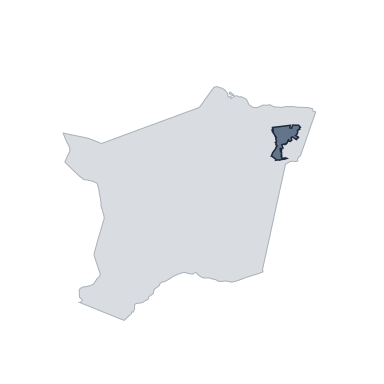 location of Voi, Coast, Kenya, rotated 250°
{"feature_id": "3690345B74422593765563", "entity_name": "Voi", "entity_type": "district", "adm_level": 2, "iso_a3": "KEN", "parent_name": "Kenya", "parent_adm1": "Coast", "projection": "robinson", "projection_center": [38.488, -3.338], "detail": "fine", "context": "in_parent", "style": "filled", "palette": "slate", "viewbox_px": 384, "rotation_deg": 250, "n_neighbors": 0, "source": "geoboundaries", "source_scale": "gbopen_adm2", "svg_char_len": 6540}
<svg xmlns="http://www.w3.org/2000/svg" viewBox="0 0 384 384"><g transform="rotate(250 192 192)"><path d="M92.7,231.5L92.6,226.7L93.2,214.5L93.1,203.8L93.7,198.4L96.0,195.0L97.1,192.5L97.9,189.0L99.1,186.2L101.9,183.9L102.4,182.7L105.3,178.8L107.1,173.9L108.4,172.2L110.1,170.7L111.3,169.8L113.2,169.0L114.7,168.6L115.0,168.2L115.1,167.4L114.6,164.3L115.3,163.3L116.3,161.3L117.5,159.4L118.6,158.2L119.2,156.9L119.4,154.8L119.5,153.3L119.5,150.8L119.1,145.1L117.9,140.4L117.1,135.1L117.7,133.3L116.7,130.2L116.2,130.1L115.4,129.4L114.4,126.5L113.6,123.8L113.2,123.1L109.8,120.8L108.2,115.3L106.3,114.1L105.3,108.6L105.1,107.0L106.2,101.6L106.1,100.3L105.0,99.2L101.8,98.0L99.3,95.7L99.6,95.0L99.8,94.1L98.5,93.6L94.6,84.3L99.6,78.6L104.7,73.0L111.1,65.8L117.1,59.2L122.2,53.5L126.8,48.4L126.7,49.3L126.7,50.6L127.3,51.4L128.2,52.0L129.5,51.4L130.7,50.6L131.8,50.4L138.7,52.6L139.8,54.4L139.7,56.4L140.0,57.8L139.5,59.3L138.9,63.7L139.1,67.7L141.1,70.6L143.0,73.0L144.4,76.3L145.5,77.3L147.0,77.8L151.7,77.9L158.7,78.1L165.5,78.3L166.1,78.4L167.5,78.9L173.7,83.3L179.4,87.3L184.2,90.9L188.8,94.3L193.4,97.6L196.9,100.4L200.3,101.2L206.0,101.6L209.9,101.7L213.5,102.9L218.8,104.0L222.8,104.5L225.2,105.2L231.9,105.8L233.0,105.4L236.0,102.4L239.3,97.4L240.6,94.7L244.9,91.9L252.4,88.1L257.7,85.5L263.6,82.8L266.2,85.1L269.9,88.8L271.6,90.7L272.9,91.5L274.9,92.1L277.3,92.1L278.7,92.0L281.4,91.5L287.8,91.1L291.4,91.1L288.3,96.1L284.7,102.0L277.9,113.0L272.8,118.8L268.9,123.1L268.5,123.9L268.6,128.8L268.6,140.6L268.7,164.4L268.8,188.2L268.9,211.9L268.9,223.8L268.9,227.8L272.3,232.8L275.7,237.7L280.1,244.2L282.4,247.6L282.8,248.8L282.7,251.1L279.1,255.9L276.1,258.1L272.1,259.2L270.9,259.0L269.3,258.3L268.7,259.5L268.2,261.3L267.4,260.9L266.7,260.4L267.1,263.6L267.5,265.2L266.9,267.3L264.9,269.2L264.8,270.8L260.6,274.9L254.6,275.4L251.5,277.4L250.1,279.1L249.0,282.8L249.4,288.4L247.7,292.8L247.4,295.0L244.3,297.8L242.9,300.4L241.9,303.0L241.1,304.2L240.0,310.1L238.6,313.6L238.2,314.8L237.8,315.9L236.7,318.0L236.0,319.5L235.5,320.4L231.8,329.6L229.0,333.7L226.8,333.3L225.3,334.9L225.1,335.6L224.4,335.2L222.5,333.7L218.7,330.6L214.9,327.4L211.0,324.3L207.2,321.2L203.4,318.1L199.6,315.0L195.8,311.9L191.9,308.7L189.7,306.9L188.7,305.8L187.9,303.7L187.5,303.1L186.5,302.5L185.3,302.3L185.0,301.9L185.0,300.9L185.4,299.4L186.8,296.5L187.0,294.8L186.7,292.9L186.3,289.9L185.9,289.2L183.3,287.6L178.0,284.2L172.7,280.9L167.4,277.5L162.1,274.1L156.8,270.8L151.5,267.4L146.2,264.1L140.9,260.7L135.6,257.4L130.2,254.0L124.9,250.7L119.6,247.3L114.3,243.9L109.0,240.6L103.7,237.2L98.4,233.9L96.4,232.6L94.6,231.5L92.7,231.5ZM269.3,264.2L268.4,264.4L268.8,262.8L271.6,260.7L272.7,261.2L272.9,261.7L272.8,262.1L272.4,262.5L269.3,264.2Z" fill="#d9dde1" stroke="#a8b0b8" stroke-width="1"/><path d="M222.3,301.6L225.1,289.8L225.1,289.7L224.9,289.7L224.7,289.8L224.5,289.6L224.2,289.7L223.9,289.7L223.7,289.8L223.7,289.6L223.4,289.2L223.2,289.3L223.1,289.1L223.0,288.9L222.9,288.7L222.9,288.4L222.7,288.5L222.4,288.6L222.2,288.9L221.9,289.1L221.8,289.3L221.6,289.3L221.6,289.1L221.4,289.0L221.2,289.1L221.0,288.8L220.8,288.8L220.7,288.7L220.8,288.5L220.5,288.6L220.3,288.5L220.1,288.6L219.8,288.6L219.6,288.6L219.4,288.6L219.3,288.8L219.0,289.0L218.8,289.0L218.4,289.0L218.1,288.9L217.9,289.0L217.6,289.1L217.4,289.1L217.2,289.1L216.2,289.5L215.8,289.6L215.7,289.4L215.5,289.6L215.3,289.6L215.1,289.8L214.8,289.8L214.6,289.8L214.6,289.6L214.8,289.6L214.9,289.4L214.6,289.3L214.4,289.2L214.1,289.2L213.9,289.1L213.6,289.2L213.3,289.1L213.0,289.1L212.8,288.9L212.3,288.8L212.0,288.9L211.7,288.9L211.4,289.0L211.2,288.9L211.2,288.7L210.9,288.5L210.7,288.3L210.6,288.2L210.4,288.2L210.1,288.2L209.9,288.1L209.9,287.8L209.9,287.7L209.8,287.8L209.7,287.9L209.3,287.5L208.6,287.5L208.4,287.3L208.1,287.1L207.9,287.2L207.7,287.2L207.5,287.3L207.4,287.4L207.0,287.4L206.9,287.3L206.6,287.5L206.4,287.5L206.2,287.7L205.9,287.1L205.6,286.8L205.5,286.7L205.2,286.3L204.9,285.8L204.6,285.8L204.3,285.7L203.7,285.0L203.2,284.1L202.7,283.2L202.2,282.7L201.7,281.8L201.2,281.1L201.0,280.9L200.9,280.8L199.3,279.5L199.0,279.3L198.9,279.2L198.7,278.9L198.6,279.1L198.6,279.3L198.3,279.4L197.9,279.4L197.8,279.5L197.7,279.6L197.6,279.8L197.3,279.9L197.2,280.0L194.1,281.9L193.2,281.4L192.7,284.2L192.1,284.7L191.5,290.1L191.4,290.1L191.2,290.1L191.1,292.7L191.4,292.4L191.5,292.1L191.9,291.8L192.0,291.6L192.1,291.4L192.2,291.0L192.3,290.8L192.3,290.6L192.3,290.3L192.3,290.1L192.2,290.0L192.3,289.9L192.6,289.5L192.5,289.3L192.5,289.2L192.8,288.7L193.1,288.3L193.2,288.2L193.3,287.9L193.5,287.9L193.6,288.0L193.8,288.1L194.0,288.2L194.4,288.4L194.5,288.4L194.8,288.3L194.9,288.2L195.2,288.3L195.3,288.5L195.5,288.5L195.5,288.4L195.6,288.5L195.9,288.5L196.0,288.5L196.4,288.9L196.6,288.9L196.6,289.0L196.6,288.9L196.8,288.9L196.7,288.9L196.8,288.8L197.0,288.9L197.1,289.0L197.3,289.2L197.5,289.2L197.6,289.3L197.9,289.3L198.0,289.4L198.1,289.5L198.4,289.6L198.5,289.6L198.7,289.8L198.9,289.8L199.0,289.5L199.4,289.7L199.5,289.6L199.8,289.6L200.0,289.7L200.2,289.8L200.2,289.7L200.3,289.8L200.4,290.0L200.5,289.9L200.5,290.0L200.7,289.9L200.7,290.0L200.8,290.0L201.0,290.1L201.0,289.9L201.1,289.7L201.2,289.8L201.3,289.8L201.3,289.7L201.5,289.7L201.4,289.7L201.5,289.8L201.7,289.7L201.8,289.6L202.0,289.6L202.3,289.5L202.4,289.8L202.4,290.0L202.6,290.1L202.4,290.3L202.4,290.5L202.2,290.7L202.2,290.8L201.8,291.1L201.8,291.3L201.8,291.9L201.8,292.0L202.0,292.3L202.1,292.5L205.7,292.6L205.7,292.8L205.7,293.4L205.6,294.1L205.5,295.0L205.3,295.0L205.1,295.1L205.4,295.8L205.4,296.1L204.8,296.3L204.9,296.5L205.0,296.7L205.1,296.8L205.0,297.0L205.1,297.3L205.3,297.2L205.3,297.4L205.5,297.4L205.7,297.6L205.7,297.9L205.7,298.0L205.8,298.2L205.8,298.3L206.3,298.7L206.4,298.9L206.5,298.9L206.6,299.0L206.7,299.3L207.3,299.5L207.5,300.1L208.2,300.3L208.2,300.2L208.4,300.2L208.5,300.1L208.4,300.2L208.2,300.3L207.9,300.4L207.8,300.5L207.7,300.6L207.4,300.5L207.2,300.7L206.9,300.6L206.7,300.4L206.6,300.6L206.4,300.7L206.3,300.8L206.3,301.1L206.2,301.2L205.9,301.4L206.6,303.6L208.9,303.6L209.6,305.0L208.1,306.2L207.7,306.4L205.5,308.0L205.8,308.5L206.1,308.9L206.2,309.0L206.3,308.9L206.4,309.0L206.4,309.3L206.4,309.6L206.8,310.1L206.7,310.6L206.8,310.7L207.1,310.8L208.6,309.5L209.6,308.7L210.1,309.6L210.4,310.3L210.6,310.7L212.2,311.9L213.6,312.0L213.7,312.4L214.1,312.6L214.0,314.7L215.3,314.7L215.7,316.0L218.3,315.0L220.5,309.3L217.9,307.5L218.8,305.8L221.0,307.2L221.5,305.3L222.2,302.1L222.3,301.6Z" fill="#64748b" stroke="#1e293b" stroke-width="1.5"/></g></svg>